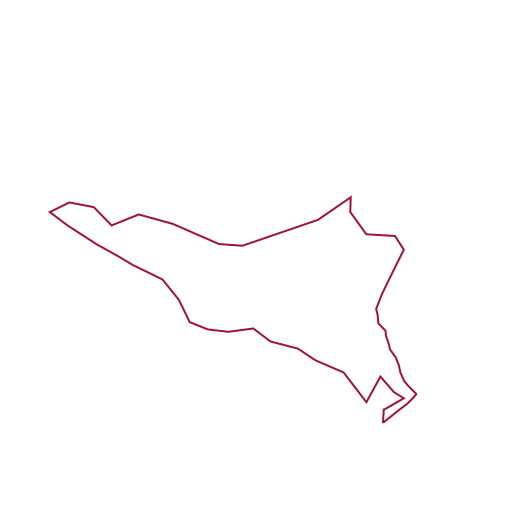 the district of Farmakas, Nicosia, Cyprus, rotated 296°
{"feature_id": "46923920B39374943744030", "entity_name": "Farmakas", "entity_type": "district", "adm_level": 2, "iso_a3": "CYP", "parent_name": "Cyprus", "parent_adm1": "Nicosia", "projection": "mercator", "projection_center": [33.141, 34.929], "detail": "fine", "context": "isolated", "style": "outline", "palette": "rose", "viewbox_px": 512, "rotation_deg": 296, "n_neighbors": 0, "source": "geoboundaries", "source_scale": "gbopen_adm2", "svg_char_len": 1001}
<svg xmlns="http://www.w3.org/2000/svg" viewBox="0 0 512 512"><g transform="rotate(296 256 256)"><path d="M205.1,51.4L200.8,73.4L196.6,108.3L195.3,133.4L193.9,148.8L193.9,182.2L182.8,205.9L167.5,225.5L168.9,245.0L175.8,264.5L189.7,285.4L185.5,306.4L191.1,334.3L188.3,355.2L189.7,385.9L173.0,419.3L202.2,420.7L194.2,439.3L194.1,439.7L192.9,451.2L173.8,438.3L173.8,438.2L170.1,439.8L168.5,440.4L166.8,441.1L161.7,443.3L161.8,443.3L179.6,451.7L179.8,451.8L187.9,455.9L189.1,456.6L193.5,458.1L198.1,459.7L200.8,460.3L202.0,460.6L202.4,460.2L206.0,449.8L208.3,444.5L214.4,437.0L220.5,432.2L226.1,426.1L227.6,423.2L228.9,420.8L230.7,417.5L236.2,412.9L241.3,407.7L245.6,405.2L249.1,395.5L256.3,391.2L259.9,388.2L260.3,387.9L261.1,387.2L277.2,385.9L300.8,385.9L326.5,386.1L334.9,372.1L323.9,345.6L336.9,321.4L350.3,315.4L344.8,312.3L315.6,295.8L289.6,269.7L259.2,239.2L250.5,217.4L248.4,167.2L241.9,132.4L220.2,112.8L228.8,88.8L222.3,64.8L205.1,51.4Z" fill="none" stroke="#9f1239" stroke-width="2"/></g></svg>